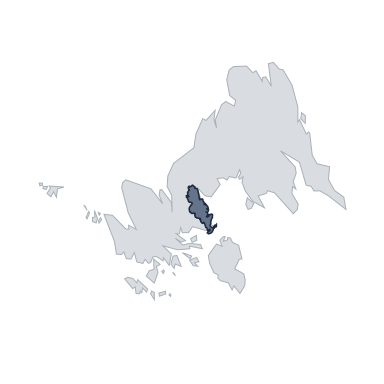 United Kingdom, with Dumfries and Galloway highlighted, rotated 255°
{"feature_id": "GBR-2138", "entity_name": "Dumfries and Galloway", "entity_type": "Unitary District", "adm_level": 1, "iso_a3": "GBR", "parent_name": "United Kingdom", "parent_adm1": "", "projection": "equal_earth", "projection_center": [-4.095, 55.048], "detail": "fine", "context": "in_parent", "style": "filled", "palette": "slate", "viewbox_px": 384, "rotation_deg": 255, "n_neighbors": 0, "source": "natural_earth", "source_scale": "10m", "svg_char_len": 7420}
<svg xmlns="http://www.w3.org/2000/svg" viewBox="0 0 384 384"><g transform="rotate(255 192 192)"><path d="M208.8,288.2L189.4,298.2L183.2,297.5L175.8,292.4L168.0,293.1L171.2,290.5L164.6,288.1L152.9,291.4L147.8,289.1L144.8,284.2L169.9,271.5L173.7,265.4L171.5,263.5L171.0,254.9L158.0,257.9L167.3,248.4L178.5,243.9L188.3,242.8L193.4,245.2L191.9,241.4L194.1,240.5L197.4,243.9L201.2,243.8L194.1,238.1L197.2,232.0L194.5,228.9L197.7,225.7L198.4,219.7L191.8,221.1L182.3,209.1L185.1,203.4L194.5,198.5L183.1,198.6L174.2,203.2L167.7,201.4L161.8,203.8L155.2,201.4L153.1,205.7L148.2,201.1L147.4,197.6L150.0,197.5L158.4,183.6L153.7,178.2L155.2,172.1L160.5,171.8L154.8,168.8L155.8,165.9L146.7,173.1L146.6,168.4L151.5,163.9L143.1,169.6L143.0,176.3L139.1,186.6L134.5,187.3L140.4,175.5L137.8,175.2L139.8,163.5L147.5,150.0L137.4,156.0L127.0,151.0L135.8,147.5L133.0,146.2L138.9,140.9L139.5,137.5L134.6,133.7L134.5,131.3L139.2,129.3L135.7,126.1L138.7,120.6L148.4,120.6L143.0,115.7L144.6,111.3L151.7,110.7L149.9,107.6L151.5,102.9L164.0,104.3L193.3,101.2L190.0,109.2L173.4,118.5L172.4,121.3L176.3,122.2L170.3,128.5L188.3,125.0L214.5,125.2L219.0,127.6L220.9,131.2L205.7,153.2L188.2,160.5L197.4,159.5L202.5,161.7L202.1,163.4L187.1,169.4L177.8,167.6L194.0,171.5L203.8,169.4L213.7,172.8L224.5,181.7L234.3,205.3L246.8,210.7L260.1,221.4L257.5,224.0L264.9,235.5L256.3,231.9L247.6,232.3L255.8,233.2L268.6,243.1L270.7,248.0L264.0,255.1L269.3,257.9L275.4,253.4L291.4,254.6L300.2,259.4L302.4,264.4L299.5,277.3L291.5,281.6L292.6,285.2L280.9,288.5L284.2,289.6L284.2,293.0L273.7,296.0L296.3,299.0L296.1,304.2L288.2,308.1L286.4,311.6L269.3,316.3L246.7,316.2L232.2,312.4L234.1,314.6L218.3,317.4L219.9,320.2L218.2,320.9L196.2,317.6L186.9,320.1L180.7,331.5L168.9,327.0L156.7,330.0L147.7,337.3L135.3,336.2L152.9,322.9L160.0,315.9L161.4,310.1L166.6,308.6L169.0,304.0L193.0,303.5L208.8,288.2ZM128.5,223.2L114.5,223.0L114.6,220.1L106.7,213.4L99.5,220.9L93.3,220.6L87.8,218.7L81.6,212.1L90.4,208.2L87.0,205.4L95.0,203.5L99.0,196.4L102.5,194.7L105.1,195.9L108.5,192.2L118.9,190.6L126.5,191.3L135.4,202.2L131.8,207.0L138.3,206.4L140.8,210.8L140.4,212.4L136.3,209.5L136.6,214.1L138.8,214.4L137.7,217.1L132.8,218.1L128.5,223.2ZM126.3,108.1L123.5,112.6L118.6,115.1L121.3,116.9L109.8,124.0L107.1,122.3L112.0,119.5L107.8,117.4L109.4,116.2L107.2,115.0L108.5,111.7L115.0,112.6L114.0,109.7L125.5,104.5L126.3,108.1ZM127.1,130.4L127.2,135.3L137.2,137.6L130.3,142.4L129.4,138.3L123.1,138.3L113.8,132.0L122.6,126.1L127.1,130.4ZM228.1,51.6L232.5,56.3L234.7,55.7L229.9,69.7L229.9,62.9L222.0,59.7L228.0,58.4L223.8,54.5L228.1,51.6ZM134.6,161.0L122.9,162.3L126.8,157.1L122.9,155.0L127.7,153.0L135.0,157.1L134.6,161.0ZM166.2,240.8L172.2,243.9L164.9,248.7L160.9,245.2L160.6,241.7L166.2,240.8ZM126.8,172.0L127.6,179.4L122.8,180.7L123.0,176.1L118.8,178.3L120.6,174.1L126.8,172.0ZM193.2,89.3L192.9,91.7L199.4,93.0L190.8,93.9L186.9,91.4L189.1,88.2L193.2,89.3ZM149.0,185.0L144.1,184.1L143.3,179.1L147.3,178.5L149.0,185.0ZM240.3,318.4L236.2,321.3L229.0,319.1L234.7,316.0L240.3,318.4ZM130.2,175.1L128.0,173.0L135.7,167.0L134.0,170.0L130.2,175.1ZM104.4,125.7L106.8,127.2L104.8,129.6L97.7,127.8L104.4,125.7ZM103.1,140.6L100.3,140.2L99.8,133.6L102.9,133.8L103.1,140.6ZM234.9,54.0L232.2,51.8L233.7,48.9L235.8,49.7L234.9,54.0ZM200.0,87.1L198.2,87.7L193.2,83.7L194.8,83.1L200.0,87.1ZM190.9,97.1L188.5,97.4L186.0,94.1L188.6,94.3L190.9,97.1ZM240.2,46.7L239.3,49.8L237.2,49.5L237.3,46.7L240.2,46.7ZM206.3,85.0L201.4,86.0L206.8,84.3L206.3,85.0ZM124.0,144.5L122.5,144.8L120.7,143.1L123.1,142.3L124.0,144.5ZM196.6,96.2L194.9,98.0L193.6,96.4L196.6,96.2ZM118.4,153.5L115.4,154.3L119.4,152.4L118.4,153.5ZM99.4,144.5L97.5,144.9L96.7,144.3L98.6,143.1L99.4,144.5Z" fill="#d9dde1" stroke="#a8b0b8" stroke-width="1"/><path d="M198.5,194.2L198.0,194.7L198.0,194.8L197.8,194.9L197.6,195.0L196.9,195.2L196.8,195.3L196.5,195.9L196.4,196.0L195.9,196.1L195.7,196.1L194.9,195.8L194.8,195.7L194.7,195.8L194.5,196.6L194.5,196.8L194.2,197.2L194.1,197.7L192.3,198.0L185.3,197.7L184.9,197.6L184.5,197.5L184.2,197.4L183.9,197.5L184.0,197.5L183.7,197.8L183.3,197.7L182.7,197.3L182.4,198.0L182.6,198.3L182.7,198.9L182.7,199.5L182.7,199.9L182.5,200.4L182.1,200.5L180.0,200.4L179.5,200.4L179.0,201.0L177.4,200.8L177.5,201.0L177.4,201.1L177.2,201.1L177.0,200.8L177.2,200.5L177.3,200.5L177.4,200.4L177.0,200.6L176.7,200.8L176.8,201.1L176.7,201.2L176.4,201.4L177.1,202.0L176.9,202.1L175.8,202.5L174.0,203.4L173.0,203.5L172.3,203.5L172.3,203.3L172.2,203.2L172.1,202.9L172.1,202.6L172.2,202.3L172.1,202.0L171.8,201.9L171.5,202.0L171.3,202.4L171.2,202.8L171.4,203.3L170.5,203.4L169.4,202.8L168.6,201.9L168.8,200.8L168.5,201.0L168.0,201.5L167.6,201.6L167.3,201.6L165.6,201.0L165.4,200.8L165.2,200.7L165.0,200.3L164.9,200.0L164.7,199.8L164.4,199.7L164.2,199.8L164.1,200.1L163.9,200.4L163.9,200.7L164.1,201.4L164.2,201.8L164.4,202.0L164.7,202.0L165.0,202.0L165.3,202.2L165.6,202.4L165.7,202.8L165.5,203.1L165.4,203.4L165.7,203.8L165.4,204.2L165.5,204.8L165.6,205.3L165.4,205.5L165.2,205.7L165.0,205.9L164.8,205.9L164.3,205.9L163.8,205.7L163.3,205.4L163.1,205.3L162.3,205.3L162.1,205.2L160.8,203.8L160.1,203.3L157.5,202.1L156.5,201.9L156.0,201.7L155.6,201.0L155.2,200.8L154.3,200.8L153.8,201.0L153.3,201.3L152.9,201.6L152.5,202.0L152.3,202.2L152.2,202.4L152.2,202.5L152.2,202.9L152.4,203.3L152.5,203.5L152.9,203.9L153.1,204.6L153.5,205.2L154.1,205.6L154.1,205.9L154.0,206.4L154.0,206.6L154.0,206.8L154.3,207.2L153.8,207.1L152.9,206.7L152.4,206.7L152.2,206.5L152.1,206.0L152.1,205.6L152.4,205.3L152.2,205.2L152.1,204.8L152.2,204.6L151.8,204.6L151.6,204.5L151.5,204.4L151.4,204.2L151.3,203.8L151.1,203.4L150.9,203.3L150.5,203.1L148.4,201.3L147.8,200.5L147.4,199.5L147.3,198.4L147.3,197.4L147.5,196.9L147.8,196.7L148.3,196.7L148.5,196.7L148.7,196.3L148.9,196.5L149.1,196.8L149.6,197.3L149.7,197.6L149.8,197.8L149.8,198.1L149.8,198.8L149.9,199.1L150.2,199.3L150.5,199.6L150.9,199.6L151.3,199.3L151.4,199.2L151.5,199.1L150.7,197.8L150.6,197.6L150.5,197.3L151.5,197.0L152.2,197.0L152.9,197.2L153.1,197.2L153.7,196.8L153.9,196.4L154.1,196.2L155.6,196.0L156.2,196.2L156.4,196.1L157.8,196.0L159.4,195.7L159.6,195.5L159.7,195.3L159.6,195.1L159.1,194.8L158.9,194.2L159.0,193.9L159.8,193.4L161.1,192.9L161.4,192.8L162.5,193.1L163.0,192.9L163.3,192.4L163.6,192.4L163.8,193.3L164.0,193.3L164.4,193.0L164.4,192.5L164.8,192.2L165.0,191.3L165.5,190.6L165.6,190.0L166.2,189.7L166.7,188.8L167.0,188.8L167.9,188.9L168.0,188.9L168.2,188.6L169.1,188.7L169.4,188.8L169.9,189.3L170.3,189.5L170.8,189.0L170.7,188.6L171.4,187.8L171.1,187.1L171.2,186.4L171.7,185.9L173.2,185.4L173.3,185.3L173.0,184.9L173.3,184.8L173.6,184.7L173.8,184.6L174.2,184.8L175.9,184.8L177.1,185.1L178.3,186.1L178.9,187.1L179.6,187.3L179.7,188.2L179.8,188.5L180.5,188.8L181.1,189.3L181.6,189.2L181.7,188.7L181.9,188.5L182.6,188.2L182.6,187.7L182.8,187.3L182.7,186.8L184.2,186.1L185.4,186.2L186.2,186.0L187.6,186.0L187.8,185.9L188.2,185.3L188.8,185.5L189.6,185.5L189.9,185.6L189.9,185.8L189.0,186.3L188.5,186.7L188.5,187.4L188.4,187.7L188.5,187.9L188.9,187.9L189.5,187.5L190.6,187.1L191.2,187.3L191.6,187.7L192.3,187.5L192.9,187.6L193.0,187.8L193.0,188.2L193.9,188.8L194.2,189.2L194.2,189.5L194.4,189.8L194.9,189.6L195.2,189.9L195.8,189.5L196.4,189.4L196.9,189.6L197.6,189.6L197.8,189.8L198.0,190.1L197.4,190.3L197.3,190.6L198.1,190.7L198.2,190.9L198.2,191.2L197.7,191.7L197.6,193.0L197.8,193.2L198.3,193.5L198.5,194.1L198.5,194.2Z" fill="#64748b" stroke="#1e293b" stroke-width="1.5"/></g></svg>